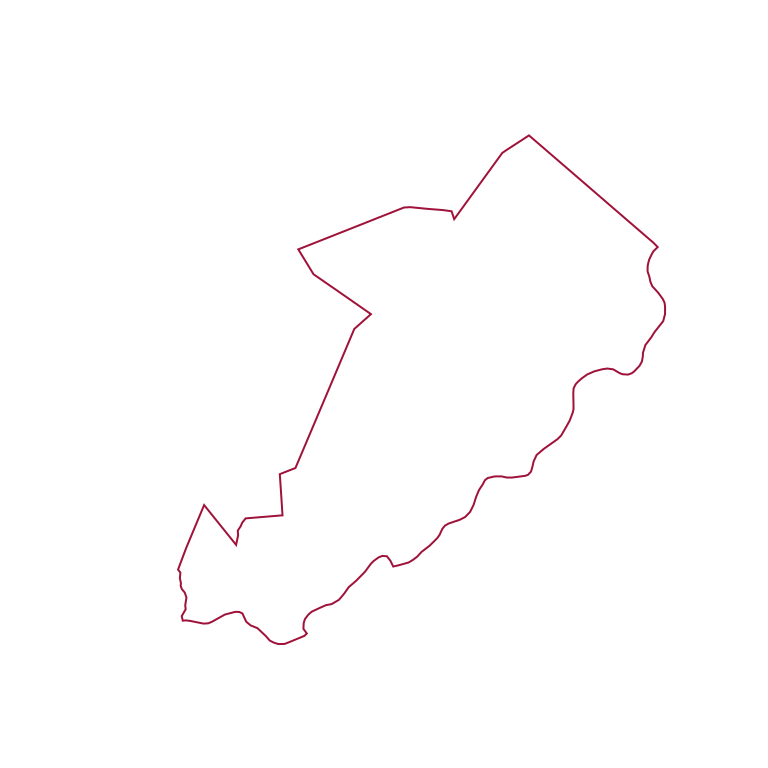 Palmeirais, Piauí, Brazil (Robinson projection), rotated 234°
{"feature_id": "56859067B30993102751399", "entity_name": "Palmeirais", "entity_type": "district", "adm_level": 2, "iso_a3": "BRA", "parent_name": "Brazil", "parent_adm1": "Piauí", "projection": "robinson", "projection_center": [-43.023, -5.84], "detail": "fine", "context": "isolated", "style": "outline", "palette": "rose", "viewbox_px": 768, "rotation_deg": 234, "n_neighbors": 0, "source": "geoboundaries", "source_scale": "gbopen_adm2", "svg_char_len": 2125}
<svg xmlns="http://www.w3.org/2000/svg" viewBox="0 0 768 768"><g transform="rotate(234 384 384)"><path d="M230.6,156.7L227.0,171.7L227.5,174.9L233.3,174.9L237.8,178.5L240.3,181.9L241.9,187.2L242.3,191.7L240.5,201.0L239.2,207.0L236.7,212.3L236.2,217.5L235.9,220.5L236.7,224.2L237.9,228.8L240.4,236.1L241.2,245.9L243.3,258.3L246.2,267.5L246.9,271.5L246.9,277.8L245.9,281.6L242.9,285.1L237.3,285.3L230.9,284.2L228.5,289.9L225.1,299.1L224.7,304.1L224.8,309.5L226.1,315.6L226.4,326.1L228.0,336.5L229.3,340.3L232.5,346.0L233.6,350.0L233.1,354.4L229.6,365.6L228.7,371.5L229.9,378.4L233.4,385.2L238.4,392.0L242.3,398.4L244.9,405.2L246.8,409.0L247.0,412.5L244.3,419.0L240.1,424.9L236.3,428.2L233.1,432.5L226.7,444.3L225.9,447.1L226.7,451.4L229.6,455.2L233.4,459.5L236.9,465.8L237.6,475.5L237.4,491.8L238.2,497.1L242.5,506.8L245.3,512.8L249.8,519.7L252.1,522.4L256.1,525.3L265.0,531.5L269.0,534.8L271.1,538.8L271.8,541.9L272.3,547.0L272.3,553.9L270.6,561.6L267.7,569.1L265.3,573.7L261.2,578.0L254.8,580.8L251.9,582.5L248.2,586.9L247.1,590.6L247.1,593.7L248.5,601.4L250.6,605.9L254.5,609.9L257.0,611.8L261.9,618.4L264.7,627.8L266.8,632.8L270.8,646.9L275.4,652.5L281.6,657.0L285.0,658.8L288.8,659.5L296.5,659.5L305.4,658.5L310.1,659.6L315.0,661.8L320.1,663.4L324.3,666.5L326.8,669.2L328.8,671.7L331.5,676.7L333.0,679.9L333.9,685.9L339.9,685.0L397.3,671.5L414.0,667.6L499.9,647.4L501.3,620.2L501.4,615.4L476.1,537.7L484.0,540.2L490.0,534.0L499.9,522.4L511.7,509.1L513.4,506.4L515.0,504.0L543.3,393.8L514.2,391.5L478.8,403.9L448.2,414.5L446.0,392.3L411.3,334.8L368.1,263.0L372.3,246.7L358.6,238.1L337.4,224.7L356.6,193.1L355.2,187.9L353.2,184.5L351.3,179.5L347.4,177.1L340.8,169.8L391.8,167.3L385.1,156.3L367.5,127.4L354.9,108.3L351.1,108.4L346.7,104.6L342.3,102.7L340.1,100.8L336.9,99.9L332.4,100.2L327.4,98.7L321.9,93.2L318.3,91.1L315.1,83.9L310.8,82.1L309.2,84.8L306.1,88.1L296.3,97.1L293.7,101.1L292.8,104.9L291.8,113.1L291.0,119.8L287.1,129.7L284.7,132.9L281.6,134.6L272.7,132.8L267.1,134.2L260.9,138.1L249.7,140.2L243.5,140.8L239.1,143.1L235.6,145.8L232.1,150.9L230.6,156.7Z" fill="none" stroke="#9f1239" stroke-width="2"/></g></svg>